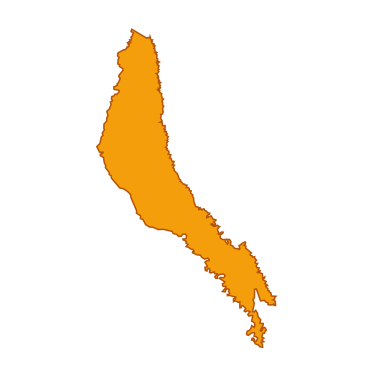 the district of Zentla, Veracruz, Mexico, rotated 54°
{"feature_id": "50627088B99707223574870", "entity_name": "Zentla", "entity_type": "district", "adm_level": 2, "iso_a3": "MEX", "parent_name": "Mexico", "parent_adm1": "Veracruz", "projection": "orthographic", "projection_center": [-96.71, 19.078], "detail": "fine", "context": "isolated", "style": "filled", "palette": "amber", "viewbox_px": 384, "rotation_deg": 54, "n_neighbors": 0, "source": "geoboundaries", "source_scale": "gbopen_adm2", "svg_char_len": 6045}
<svg xmlns="http://www.w3.org/2000/svg" viewBox="0 0 384 384"><g transform="rotate(54 192 192)"><path d="M359.1,226.1L356.7,224.6L354.3,224.5L355.3,221.9L352.7,222.7L352.5,219.7L350.4,220.8L348.0,217.8L348.9,216.5L347.7,214.7L347.6,213.3L346.9,212.9L344.6,212.7L343.7,213.5L343.9,214.9L345.3,216.6L345.0,218.1L344.2,218.2L341.5,212.7L340.2,211.7L338.0,214.3L335.8,211.5L331.8,211.9L328.2,210.2L325.1,210.0L325.6,212.2L324.5,213.4L318.6,207.0L314.8,205.9L314.2,203.6L307.4,198.5L308.4,196.9L320.4,200.6L322.2,197.0L324.2,197.0L326.5,195.6L327.7,196.7L328.4,196.4L331.0,192.7L330.5,191.9L332.4,191.9L332.9,191.1L329.9,189.1L328.2,189.0L326.8,190.0L327.1,188.1L326.0,187.0L325.7,185.4L322.9,188.8L319.8,187.5L318.3,188.2L317.1,187.7L316.3,188.5L315.0,187.5L311.7,187.9L311.1,187.3L312.1,185.9L310.7,185.9L308.9,187.0L308.0,184.6L304.6,186.3L304.0,185.7L304.3,184.0L303.5,183.1L303.1,185.4L299.6,183.1L297.1,184.6L295.5,186.4L295.1,185.7L296.0,183.4L295.7,183.1L294.5,184.6L292.8,182.3L291.5,183.9L289.5,183.5L288.3,180.9L287.4,182.3L286.4,182.6L285.3,181.4L285.3,179.9L282.5,180.2L281.1,179.3L280.3,181.2L279.0,180.9L277.3,182.0L276.1,181.0L276.2,179.8L268.9,181.6L267.5,180.2L265.6,181.3L265.6,179.8L264.4,178.3L263.5,178.4L262.9,182.4L263.5,183.8L262.8,185.3L266.0,186.6L266.3,187.8L265.1,187.9L262.8,190.6L259.3,190.8L257.5,192.1L255.1,189.7L252.3,189.6L251.4,191.0L252.9,192.2L254.4,192.1L255.0,194.0L251.3,194.0L250.5,192.1L248.7,194.9L246.5,196.0L245.4,196.0L243.3,194.2L243.5,191.6L242.9,190.4L241.8,191.4L241.9,195.3L241.3,195.5L240.3,194.1L238.1,193.9L236.7,192.7L236.3,190.0L233.6,191.2L233.6,192.9L232.7,194.6L229.6,195.8L229.1,195.5L229.4,194.2L231.6,193.5L232.2,192.5L231.5,191.7L228.9,192.0L229.2,189.5L228.5,189.0L226.4,190.9L222.5,190.6L221.4,195.2L220.1,194.2L220.2,190.6L219.6,190.1L217.9,191.7L216.2,191.5L214.5,192.5L213.0,192.1L212.3,192.7L212.3,194.7L209.4,194.6L209.2,195.1L210.5,196.1L210.3,196.8L207.9,195.8L206.0,197.6L200.3,195.9L197.7,194.2L195.4,194.1L194.8,193.0L192.2,193.8L190.6,192.0L189.2,193.4L187.8,192.3L186.4,192.2L185.1,194.0L183.5,192.0L182.5,193.4L181.1,193.5L180.3,194.6L178.2,194.5L176.5,195.3L175.9,194.2L174.1,194.7L168.7,193.1L164.0,193.8L163.0,192.9L161.0,193.1L160.0,190.4L158.3,192.0L157.1,188.7L156.5,188.6L155.6,190.1L152.2,189.2L151.3,190.2L149.4,187.2L147.4,189.1L146.7,187.5L145.3,186.8L143.1,187.7L142.3,186.4L140.5,187.2L139.6,184.6L137.4,183.7L137.0,181.7L135.5,182.1L135.3,180.6L133.9,180.2L133.3,178.6L130.5,179.6L130.5,177.8L129.3,178.1L128.0,177.2L127.0,178.8L126.0,177.1L124.5,177.6L124.7,176.5L122.5,174.7L121.0,176.8L118.1,175.3L116.7,176.9L117.1,174.5L113.8,174.0L111.7,171.7L110.9,171.7L111.6,170.0L110.2,168.1L108.2,167.4L106.5,165.9L106.0,164.4L103.9,164.5L102.7,163.3L100.7,162.9L100.1,160.4L98.9,161.1L95.8,159.9L94.5,158.6L92.7,159.6L91.5,159.1L89.4,159.8L90.4,158.3L88.3,158.3L89.3,156.6L88.9,156.0L87.2,156.0L87.1,155.0L84.3,154.8L85.1,154.1L85.1,153.0L83.3,153.7L82.7,153.0L82.2,153.7L81.4,152.6L79.3,152.9L79.6,151.9L78.7,151.8L78.6,151.0L75.2,151.3L75.9,150.4L75.0,147.9L73.5,148.0L73.4,146.7L72.1,146.9L70.7,144.6L68.8,145.4L68.6,144.2L67.1,144.5L67.5,142.7L66.3,143.8L66.6,142.3L65.2,143.0L64.2,141.5L63.1,142.0L60.4,139.7L59.1,140.0L58.7,138.6L57.4,140.0L57.3,138.9L55.3,138.9L54.3,137.9L53.4,138.5L52.7,136.8L51.7,137.2L51.6,136.0L50.7,136.8L49.7,135.7L48.9,136.9L47.3,136.6L46.8,135.6L46.1,136.0L45.7,134.7L44.8,135.8L41.5,134.6L42.4,135.7L40.9,137.2L41.1,138.1L24.9,145.1L26.4,147.0L28.9,145.9L30.2,148.2L30.9,148.4L30.8,150.5L32.0,150.5L33.2,151.9L32.4,152.9L33.5,153.1L33.4,155.6L34.5,154.2L34.4,155.9L35.1,155.2L35.4,157.0L36.1,156.4L36.9,157.1L37.1,158.6L36.4,159.3L37.4,160.4L37.4,163.2L36.8,163.7L36.0,170.1L37.1,171.5L38.1,172.1L40.4,172.0L41.1,173.6L44.8,176.8L46.5,175.7L47.7,177.0L51.4,175.5L52.9,176.1L54.7,182.6L55.7,183.4L57.9,183.3L60.2,187.1L60.5,189.1L61.9,189.8L61.0,193.6L63.2,194.8L66.4,191.5L67.9,191.6L68.9,195.5L67.6,196.7L68.4,198.8L67.6,200.7L69.2,202.4L71.4,202.7L71.4,205.3L73.6,206.0L76.2,210.0L76.7,213.5L80.9,215.2L82.1,217.5L84.5,219.4L85.3,223.3L89.0,226.1L90.1,226.2L91.7,230.1L93.8,230.6L94.2,233.0L98.7,238.1L99.3,242.3L105.4,243.4L107.5,240.7L108.3,242.0L107.5,244.0L108.8,244.8L112.0,243.3L116.9,245.8L119.7,246.2L121.4,247.7L127.3,247.5L129.3,248.7L131.1,247.8L133.4,249.0L146.4,248.0L149.2,245.5L153.5,243.9L158.1,243.2L160.4,244.6L174.9,247.9L176.4,249.4L181.2,247.6L183.2,249.4L185.4,247.8L191.1,248.7L195.3,247.0L197.2,244.6L202.6,241.3L205.5,236.9L212.3,231.2L214.6,231.6L217.2,229.3L220.0,229.0L221.5,226.5L220.6,224.5L222.1,222.2L224.3,222.1L225.9,224.0L226.1,224.7L224.7,226.9L225.3,227.4L228.7,225.6L229.8,226.9L232.1,226.1L232.7,228.9L234.8,227.2L237.0,226.8L239.1,225.0L241.0,225.1L241.5,225.6L240.6,226.6L241.5,227.3L246.0,224.7L248.1,222.3L250.3,222.5L253.6,221.3L254.9,218.0L256.9,217.8L257.5,218.6L256.2,220.5L256.4,222.8L260.3,223.0L261.4,223.7L260.5,225.8L263.4,227.3L264.7,226.3L263.3,225.2L263.8,223.3L265.9,223.4L267.1,225.0L268.5,224.5L269.7,220.9L271.5,221.6L273.2,219.6L273.9,220.0L273.6,222.9L274.6,223.6L275.9,223.4L276.8,222.3L274.7,220.4L275.1,217.8L276.6,215.0L278.2,214.3L279.4,214.6L280.0,216.5L277.9,219.3L278.0,220.6L283.8,218.3L284.5,218.8L284.2,221.3L285.9,222.3L287.1,221.9L288.3,220.0L289.3,221.0L290.4,225.9L292.3,224.0L290.6,221.1L292.0,219.4L293.3,219.5L293.9,220.9L296.2,221.0L296.4,222.5L295.6,223.7L296.7,224.3L297.3,222.9L302.7,218.3L303.9,219.7L302.9,220.4L302.8,221.3L305.2,222.9L305.4,220.9L308.4,219.5L308.9,217.8L313.9,221.4L314.5,220.3L313.3,219.3L313.7,217.7L317.8,217.0L318.8,219.7L320.4,219.2L320.7,216.8L322.8,215.4L324.0,219.0L325.8,218.9L327.3,215.7L328.0,215.7L331.4,219.6L334.4,218.4L337.0,219.6L338.1,221.3L335.2,222.2L337.2,224.8L337.7,227.2L337.1,229.0L338.7,231.2L339.9,231.5L341.1,230.5L341.1,226.8L342.1,224.4L343.4,224.5L345.1,226.6L346.9,225.1L348.9,224.7L350.4,227.5L350.2,228.5L348.9,228.8L347.7,228.0L346.1,228.5L345.6,229.5L346.9,230.8L348.1,229.5L352.1,230.0L354.9,228.1L357.1,228.1L359.1,226.1Z" fill="#f59e0b" stroke="#b45309" stroke-width="1.5"/></g></svg>